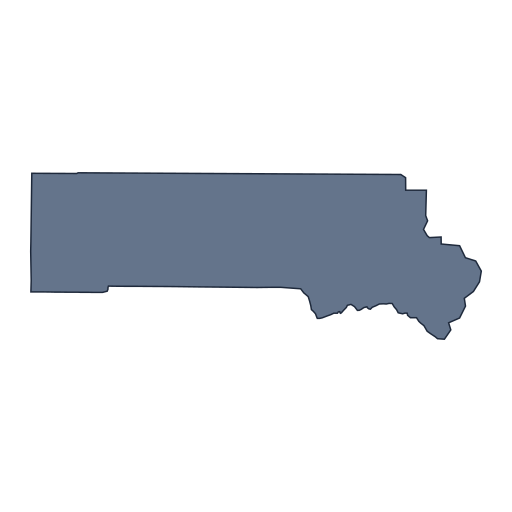 San Miguel, Colorado, United States of America
{"feature_id": "52423323B46941979190564", "entity_name": "San Miguel", "entity_type": "district", "adm_level": 2, "iso_a3": "USA", "parent_name": "United States of America", "parent_adm1": "Colorado", "projection": "orthographic", "projection_center": [-108.277, 37.965], "detail": "fine", "context": "isolated", "style": "filled", "palette": "slate", "viewbox_px": 512, "rotation_deg": 0, "n_neighbors": 0, "source": "geoboundaries", "source_scale": "gbopen_adm2", "svg_char_len": 1597}
<svg xmlns="http://www.w3.org/2000/svg" viewBox="0 0 512 512"><path d="M30.9,291.9L34.7,291.9L42.6,291.9L50.2,292.0L54.9,292.1L59.6,292.1L68.8,292.2L72.8,292.2L78.3,292.2L80.3,292.3L82.2,292.3L83.5,292.3L84.5,292.3L88.3,292.3L92.9,292.4L102.5,292.4L107.2,291.2L108.0,289.1L107.9,287.9L108.4,286.1L114.0,286.2L125.6,286.3L135.8,286.3L149.4,286.4L166.3,286.5L176.7,286.6L199.2,286.9L220.8,287.1L240.1,287.3L257.3,287.5L263.6,287.4L272.0,287.3L280.6,287.3L300.7,288.8L303.8,292.9L308.2,296.6L309.6,301.1L310.8,305.7L311.4,309.6L312.9,310.9L314.4,312.5L315.5,313.8L316.9,317.5L317.3,318.4L319.6,318.4L322.3,317.8L327.0,316.0L330.9,314.6L333.8,313.2L337.5,313.2L338.2,312.0L339.1,311.6L339.8,311.7L340.0,312.7L340.4,313.3L341.3,312.9L343.4,310.5L346.3,307.5L347.4,305.3L351.0,304.4L354.5,306.6L356.8,309.6L357.4,310.4L359.3,310.3L361.2,309.4L363.8,307.6L366.9,306.8L367.4,307.8L368.9,308.9L370.4,309.2L372.2,307.3L376.2,305.6L379.3,304.0L383.5,303.8L386.3,304.0L389.0,303.4L392.2,303.5L394.2,306.9L396.6,309.7L398.2,312.8L402.6,313.8L405.0,313.1L407.2,313.2L407.6,315.3L410.4,317.7L416.5,317.7L418.8,321.3L420.9,323.3L423.9,325.6L427.2,331.3L431.2,334.1L435.3,336.8L437.5,338.7L444.4,339.2L450.8,329.9L448.6,322.8L459.6,318.0L465.5,306.1L464.3,298.3L473.4,291.5L479.5,281.8L481.3,271.1L475.7,261.0L465.4,257.7L459.6,245.7L441.2,244.0L441.1,237.0L429.4,237.6L427.2,235.7L423.5,229.4L427.6,220.8L425.7,215.6L426.4,190.2L405.7,190.2L405.6,177.7L400.8,174.5L78.1,172.8L76.7,173.5L31.8,173.3L30.9,240.3L30.9,241.3L30.7,251.2L31.2,280.5L30.9,291.9Z" fill="#64748b" stroke="#1e293b" stroke-width="1.5"/></svg>